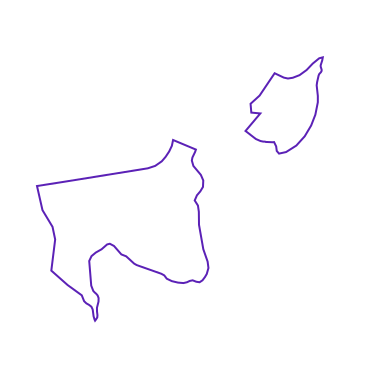 the border of Misamis Oriental, rotated 170°
{"feature_id": "PHL-2595", "entity_name": "Misamis Oriental", "entity_type": "Province", "adm_level": 1, "iso_a3": "PHL", "parent_name": "Philippines", "parent_adm1": "", "projection": "albers", "projection_center": [124.782, 8.703], "detail": "fine", "context": "isolated", "style": "outline", "palette": "violet", "viewbox_px": 384, "rotation_deg": 170, "n_neighbors": 0, "source": "natural_earth", "source_scale": "10m", "svg_char_len": 1590}
<svg xmlns="http://www.w3.org/2000/svg" viewBox="0 0 384 384"><g transform="rotate(170 192 192)"><path d="M180.8,233.1L182.0,230.9L185.6,225.9L186.7,223.0L186.1,217.4L180.3,207.3L178.9,201.4L180.3,195.1L183.7,191.2L187.7,187.9L190.8,183.2L188.5,177.6L188.7,171.3L190.8,158.5L190.8,133.7L188.7,120.7L189.0,114.3L191.7,108.7L194.0,106.0L197.0,103.2L200.2,101.8L203.4,102.9L206.7,104.9L209.7,104.8L212.6,104.0L216.2,103.8L221.5,105.2L227.3,107.7L231.9,111.0L233.8,114.7L236.4,116.8L259.1,129.6L261.4,131.5L268.0,140.1L272.4,142.8L278.2,152.4L281.9,155.3L284.7,155.1L291.0,151.3L297.2,149.1L302.1,146.3L305.2,141.9L307.5,117.3L306.4,111.7L305.3,110.0L304.0,108.4L302.9,106.5L302.4,103.8L303.1,100.3L305.7,94.5L306.3,90.8L306.5,87.1L307.1,84.9L308.6,83.2L309.8,82.1L310.1,83.2L310.5,86.6L310.2,93.5L311.0,96.5L313.0,98.7L315.4,100.7L317.2,103.2L318.5,109.4L330.6,121.9L344.2,139.0L335.0,169.0L335.4,181.9L342.4,200.1L343.6,224.8L317.9,224.3L231.4,223.0L223.7,224.1L216.4,227.5L212.0,231.1L207.5,235.8L203.8,241.0L201.6,246.5L180.8,233.1ZM39.8,301.9L40.9,299.0L43.3,294.4L43.5,293.0L43.1,290.1L43.3,288.8L44.2,287.6L46.2,286.1L47.1,284.7L49.7,278.5L50.7,275.4L51.4,264.7L52.5,258.5L57.1,246.7L63.1,236.8L71.3,227.3L81.2,219.6L92.4,215.0L99.6,214.7L101.4,217.7L101.2,222.3L102.5,226.9L104.0,227.0L110.7,228.5L111.3,228.9L113.2,229.3L115.7,230.3L119.9,233.1L128.7,242.8L111.1,257.5L119.8,259.9L119.0,268.7L108.7,275.2L90.0,294.6L81.7,288.7L77.8,287.1L72.9,287.0L65.8,288.4L58.0,292.2L56.9,293.0L50.8,297.5L43.5,301.6L39.9,301.9L39.8,301.9Z" fill="none" stroke="#5b21b6" stroke-width="2"/></g></svg>